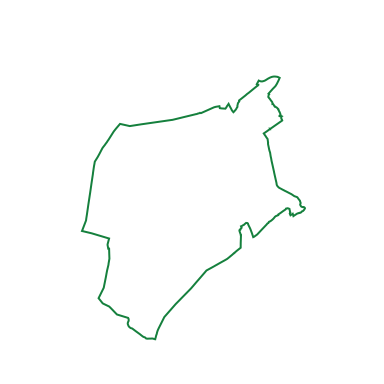 the district of Epe, Gelderland, Netherlands, rotated 324°
{"feature_id": "6326949B68676611805057", "entity_name": "Epe", "entity_type": "district", "adm_level": 2, "iso_a3": "NLD", "parent_name": "Netherlands", "parent_adm1": "Gelderland", "projection": "equal_earth", "projection_center": [5.999, 52.327], "detail": "fine", "context": "isolated", "style": "outline", "palette": "green", "viewbox_px": 384, "rotation_deg": 324, "n_neighbors": 0, "source": "geoboundaries", "source_scale": "gbopen_adm2", "svg_char_len": 5618}
<svg xmlns="http://www.w3.org/2000/svg" viewBox="0 0 384 384"><g transform="rotate(324 192 192)"><path d="M266.5,272.1L267.5,272.5L267.8,272.5L268.5,272.6L269.4,272.3L270.2,272.5L270.7,272.6L271.8,272.4L272.2,272.3L273.4,271.8L273.8,271.6L273.9,271.4L273.9,270.7L273.6,270.0L273.6,269.9L273.4,269.7L273.0,269.5L272.8,269.4L272.2,268.7L272.0,268.3L271.9,268.1L271.8,267.8L271.8,267.5L271.9,266.7L271.9,266.4L272.1,265.8L272.3,265.7L272.5,265.4L273.2,265.0L273.3,264.8L273.7,264.2L273.8,263.4L273.9,263.1L274.0,262.9L274.2,262.5L274.2,262.3L274.1,260.9L274.1,258.3L274.1,258.1L273.9,257.8L273.2,256.7L272.4,255.6L272.1,254.8L271.4,252.8L271.1,252.0L270.8,251.5L270.3,250.5L269.9,249.7L269.0,247.9L268.4,246.7L268.0,246.0L265.0,239.9L264.9,239.5L264.8,239.1L264.6,237.7L264.6,237.3L264.7,236.4L264.8,235.9L265.2,235.2L265.8,234.0L268.8,227.0L269.9,224.5L270.5,223.3L270.5,223.2L271.9,220.0L273.5,216.3L274.7,213.5L275.7,211.5L276.7,209.2L278.4,205.9L278.6,205.2L278.8,204.5L279.0,204.0L279.4,203.0L280.4,200.8L280.8,199.9L281.6,198.1L282.3,197.0L282.5,196.9L282.6,196.7L283.9,194.3L284.2,193.7L284.3,193.5L284.3,191.3L284.4,190.3L284.4,188.0L284.5,187.5L284.5,186.8L288.4,186.9L289.9,186.9L290.6,186.9L291.9,186.9L292.0,187.0L292.1,186.8L292.2,187.0L292.3,187.0L292.3,186.9L295.8,187.0L296.8,187.0L307.0,187.2L307.3,186.3L307.4,186.0L307.4,185.9L307.3,185.7L307.4,185.2L307.5,184.9L307.8,184.4L308.3,183.9L308.9,183.5L309.1,183.5L308.9,183.1L307.8,182.5L307.5,182.2L307.4,181.9L307.8,181.7L309.0,181.6L309.2,181.2L309.4,180.5L309.6,180.0L309.7,179.3L309.9,178.8L309.8,178.5L309.8,178.4L310.4,176.2L310.2,176.2L310.4,174.7L310.3,174.2L310.2,173.6L309.8,172.7L309.6,171.9L309.2,171.8L309.1,171.3L309.2,170.8L309.2,170.1L309.3,169.8L309.3,169.2L309.3,168.8L309.3,168.3L309.2,168.3L308.8,168.1L309.4,167.2L309.6,166.8L309.7,166.6L309.7,164.7L309.6,164.4L309.6,164.0L309.7,163.5L309.7,163.2L309.7,162.8L309.6,161.5L309.6,159.9L310.2,159.4L310.8,158.8L311.0,158.6L311.2,158.4L311.8,158.3L311.7,157.4L317.3,156.2L318.2,156.0L318.9,155.9L321.7,155.4L324.2,154.4L327.8,152.5L330.0,151.2L329.6,150.4L329.4,149.9L328.8,149.2L328.6,148.8L327.9,148.2L327.5,147.8L326.8,147.2L326.1,146.7L325.5,146.4L324.7,146.0L323.9,145.7L323.1,145.5L322.3,145.3L320.3,145.0L317.3,144.8L316.5,144.7L315.3,144.4L314.8,144.2L314.0,143.9L313.3,143.4L312.9,143.1L312.6,142.8L312.0,142.0L311.7,141.5L311.5,141.1L307.7,142.9L307.8,143.2L308.1,143.7L308.3,143.9L308.1,144.0L308.3,144.4L307.5,144.6L306.8,144.5L303.1,144.7L301.3,144.8L301.1,144.8L299.8,144.9L296.1,145.1L294.2,145.1L292.1,145.3L287.2,145.5L284.5,145.6L284.4,145.6L283.9,145.6L283.6,146.0L283.4,146.3L283.4,146.5L281.9,147.0L281.5,147.1L281.3,147.2L280.7,147.8L279.3,149.0L279.2,149.2L279.0,149.6L278.8,149.8L278.7,149.9L278.5,150.0L278.0,150.1L277.2,150.5L276.6,150.8L276.0,151.0L275.4,151.2L274.8,151.3L274.3,151.4L273.8,151.6L272.4,151.8L272.3,150.0L272.3,149.3L272.7,146.9L272.8,145.9L273.1,143.8L273.4,142.2L271.2,143.0L270.5,143.2L270.2,143.4L269.3,143.8L268.0,144.2L265.0,141.7L263.8,140.5L264.6,138.7L261.4,137.1L260.6,136.8L259.5,136.4L245.8,133.5L244.8,132.8L244.8,132.7L244.7,132.7L243.0,132.1L242.9,132.0L242.4,131.9L242.0,131.8L241.4,131.6L241.1,131.4L235.5,129.1L230.9,127.2L218.7,122.2L217.6,121.6L210.4,117.8L190.7,107.4L180.4,102.1L173.8,94.6L167.6,96.1L164.4,97.0L163.6,97.3L155.3,100.6L153.8,101.1L152.3,101.7L150.6,102.2L149.2,102.7L148.5,102.9L145.7,103.7L144.2,104.4L139.2,106.9L136.2,108.3L131.5,110.2L131.1,110.4L129.9,111.6L129.5,112.0L128.0,113.4L123.0,118.5L122.4,119.2L115.9,125.8L109.3,132.6L100.7,141.3L93.8,148.4L90.6,151.6L89.7,152.6L89.3,152.9L80.1,158.9L86.6,166.5L95.6,178.3L97.6,180.9L96.5,181.8L93.2,184.5L92.7,185.0L92.5,185.3L91.0,188.5L91.6,188.7L91.7,188.8L91.7,189.0L88.9,193.1L86.0,197.4L82.5,200.8L81.6,201.8L77.4,205.4L76.1,206.6L72.0,210.5L64.3,217.6L54.0,223.0L54.3,229.6L55.1,231.2L57.7,236.0L58.1,238.4L59.1,245.7L59.3,247.0L66.3,256.3L66.1,257.4L65.5,258.4L65.3,258.6L65.1,258.9L64.9,259.1L64.2,259.4L63.8,259.7L63.2,260.1L62.8,260.5L62.5,261.0L62.4,261.2L62.2,261.9L61.9,263.1L61.9,264.1L62.0,264.7L62.4,266.0L63.1,266.9L63.4,267.3L64.8,271.9L66.3,276.5L66.8,278.4L67.5,280.6L68.5,282.0L68.8,283.6L70.0,284.7L71.2,285.4L72.0,286.0L72.7,286.5L73.9,287.3L74.5,288.0L75.2,289.0L75.7,289.5L76.2,289.0L76.8,288.6L77.3,288.2L78.2,287.4L79.4,286.5L80.1,286.1L80.4,285.8L80.9,285.3L81.7,284.7L82.8,283.9L84.7,282.8L96.1,276.9L112.8,273.1L134.7,269.4L142.2,267.6L151.7,265.4L157.6,264.0L163.8,264.8L174.2,266.0L178.2,266.5L181.2,266.8L187.9,266.4L189.4,266.2L189.4,266.3L190.1,266.3L190.1,266.2L193.6,265.9L198.6,265.7L201.5,261.8L206.5,255.4L206.5,255.2L206.5,254.9L206.4,254.9L206.5,254.7L207.3,252.0L207.6,251.2L208.7,251.0L208.6,250.6L211.1,250.1L211.5,248.6L212.1,248.8L213.8,248.9L214.7,249.1L215.2,249.0L216.0,248.9L216.7,248.9L217.6,248.8L218.5,249.6L218.7,250.2L218.7,250.5L218.4,251.2L218.2,252.1L217.7,255.1L217.4,256.5L216.2,260.8L215.0,264.5L216.0,264.7L219.8,264.7L226.0,263.5L233.1,262.2L234.6,261.8L235.1,261.9L235.5,262.0L235.9,261.8L236.4,261.5L236.8,261.5L236.9,261.4L237.0,261.4L238.1,261.7L238.9,261.7L239.4,261.7L240.9,261.6L241.6,261.5L242.4,261.4L243.9,261.0L244.6,260.8L245.7,260.8L248.1,261.4L248.2,261.1L248.4,261.0L248.5,260.9L251.2,261.0L254.2,261.0L254.4,261.0L257.4,261.1L257.7,261.0L258.2,260.8L258.3,260.7L258.7,260.8L258.8,260.9L259.0,261.1L259.9,261.4L260.9,262.9L260.0,265.0L259.5,265.8L259.6,266.1L259.6,266.3L259.4,266.4L259.2,266.5L258.4,266.9L258.0,268.7L260.7,268.8L260.2,270.3L259.9,271.1L260.6,271.1L264.4,271.3L265.8,271.7L266.6,272.0L266.5,272.1Z" fill="none" stroke="#15803d" stroke-width="2"/></g></svg>